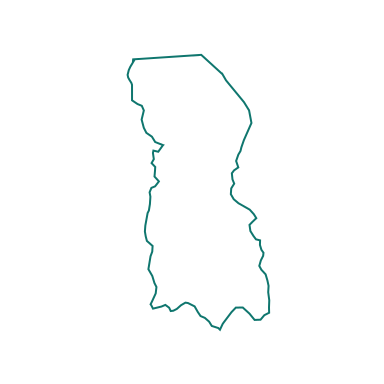 the district of Foinikaria, Limassol, Cyprus, rotated 333°
{"feature_id": "46923920B54656513612440", "entity_name": "Foinikaria", "entity_type": "district", "adm_level": 2, "iso_a3": "CYP", "parent_name": "Cyprus", "parent_adm1": "Limassol", "projection": "orthographic", "projection_center": [33.104, 34.76], "detail": "fine", "context": "isolated", "style": "outline", "palette": "teal", "viewbox_px": 384, "rotation_deg": 333, "n_neighbors": 0, "source": "geoboundaries", "source_scale": "gbopen_adm2", "svg_char_len": 1674}
<svg xmlns="http://www.w3.org/2000/svg" viewBox="0 0 384 384"><g transform="rotate(333 192 192)"><path d="M198.9,48.5L199.5,48.9L193.9,52.4L191.0,54.7L187.8,58.4L187.1,61.0L187.2,64.2L187.5,67.2L187.2,69.3L180.2,83.1L183.4,88.9L186.4,92.4L186.1,97.5L180.0,104.6L178.2,112.9L178.2,118.6L181.4,124.5L181.9,130.8L187.4,137.0L187.5,137.1L187.2,137.2L180.2,140.8L176.4,137.6L174.9,139.5L172.9,145.4L169.1,147.9L170.6,153.0L168.6,156.4L165.6,161.2L167.0,166.3L167.3,167.5L166.8,167.8L161.7,170.2L157.7,169.9L154.1,173.0L152.8,177.3L149.0,183.7L145.2,188.9L142.9,190.6L135.2,200.7L132.1,205.8L130.6,210.6L129.6,215.1L132.4,222.2L129.5,227.1L125.9,230.4L118.1,241.0L118.5,248.8L117.2,256.1L117.2,260.5L113.6,265.9L106.9,271.2L104.1,273.3L104.3,274.3L104.3,278.2L112.8,280.2L117.0,280.5L119.1,284.7L119.0,288.4L121.4,289.3L125.4,289.3L130.8,287.9L135.9,287.6L138.0,289.1L142.4,295.1L142.7,301.6L143.3,306.4L146.3,310.0L148.4,315.3L148.8,320.3L153.7,325.2L154.4,327.4L159.4,323.5L160.9,322.7L172.6,317.0L178.6,314.9L184.8,318.0L188.0,326.5L189.7,334.4L195.1,336.9L200.5,334.6L205.9,334.6L208.2,329.8L211.7,323.5L214.4,315.9L217.6,310.4L219.0,305.2L220.2,298.8L218.5,292.7L218.4,288.4L222.3,284.2L226.4,281.2L228.1,278.6L227.6,275.0L228.5,270.0L230.7,266.0L227.5,263.2L226.8,259.0L226.3,253.3L228.3,247.4L232.1,246.1L237.4,244.5L237.0,239.8L235.4,233.9L228.3,223.1L225.9,217.4L225.6,211.6L228.6,206.6L233.4,203.7L233.8,199.1L236.0,193.4L239.3,191.8L244.4,191.1L245.4,184.4L250.3,179.7L253.8,177.5L256.3,174.6L261.7,169.4L276.3,157.5L279.9,145.2L279.1,135.5L273.0,108.0L272.6,100.3L272.4,100.3L262.5,74.0L199.8,47.1L198.9,48.5Z" fill="none" stroke="#0f766e" stroke-width="2"/></g></svg>